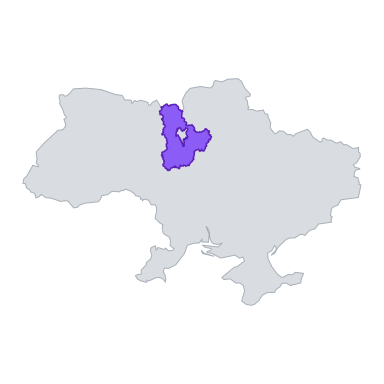 Ukraine, with Kiev highlighted
{"feature_id": "UKR-321", "entity_name": "Kiev", "entity_type": "Region", "adm_level": 1, "iso_a3": "UKR", "parent_name": "Ukraine", "parent_adm1": "", "projection": "albers", "projection_center": [30.544, 50.332], "detail": "fine", "context": "in_parent", "style": "filled", "palette": "violet", "viewbox_px": 384, "rotation_deg": 0, "n_neighbors": 0, "source": "natural_earth", "source_scale": "10m", "svg_char_len": 9480}
<svg xmlns="http://www.w3.org/2000/svg" viewBox="0 0 384 384"><path d="M271.9,266.8L277.1,273.8L281.3,277.2L283.3,277.2L288.7,274.3L292.3,274.9L295.3,272.3L303.6,273.4L301.5,278.1L300.7,283.0L290.2,285.5L286.1,283.0L282.0,283.4L279.9,286.9L275.9,289.5L274.7,292.3L267.2,292.6L262.3,295.3L258.7,300.7L254.7,304.2L251.3,305.3L246.1,304.3L241.7,301.0L244.6,290.8L243.3,285.5L239.9,283.0L235.7,283.0L230.1,278.8L224.0,279.6L221.8,277.5L234.3,267.2L237.0,266.7L244.5,261.2L242.9,257.0L239.7,258.3L235.0,255.1L220.7,258.1L211.8,253.3L207.8,252.8L206.8,251.6L210.9,250.3L211.2,248.5L205.4,247.4L202.2,245.1L218.1,247.0L222.3,242.9L217.9,244.5L213.5,243.7L211.8,242.4L209.8,238.4L209.6,232.8L207.5,227.8L205.9,226.2L209.1,234.4L208.4,242.3L201.7,241.9L202.3,238.7L199.2,243.0L194.0,243.2L187.3,245.3L184.5,253.4L175.8,264.8L167.9,268.6L165.1,267.9L164.0,268.8L163.4,272.3L164.8,274.0L165.9,279.6L165.4,282.0L162.7,278.8L159.4,277.4L155.7,277.8L149.0,280.9L146.8,280.2L146.9,281.9L146.3,282.4L140.1,280.6L137.5,278.9L135.4,275.9L137.5,274.6L141.3,274.2L141.2,270.0L146.1,264.8L146.4,262.4L150.6,259.2L151.8,255.7L150.4,250.3L151.1,247.6L155.6,245.8L155.9,250.0L156.9,249.6L157.9,247.5L164.0,249.5L165.8,248.1L168.4,250.9L173.1,250.2L174.2,248.9L170.1,245.6L170.5,240.3L169.3,237.3L163.3,233.4L162.2,228.7L162.8,224.6L159.8,223.0L155.1,218.3L156.7,210.1L156.4,207.1L155.2,204.7L151.3,205.0L148.5,200.1L143.9,199.1L142.6,200.8L141.9,199.2L140.3,199.2L140.5,197.3L139.4,196.5L135.6,195.8L134.7,194.0L130.7,191.1L125.6,189.2L122.8,190.8L121.5,190.3L119.4,191.9L112.2,191.2L107.7,194.6L101.6,195.8L100.9,198.4L98.5,201.7L85.0,203.2L79.2,205.3L77.2,207.4L73.7,207.9L68.2,201.3L66.4,200.7L60.5,201.4L51.0,198.1L46.0,197.7L41.1,194.4L39.3,196.6L35.7,197.9L35.6,195.5L34.2,193.1L30.7,192.0L29.7,189.9L26.7,188.1L25.3,183.6L23.0,183.4L23.8,178.8L27.0,175.8L32.8,165.3L38.3,166.8L38.5,165.6L36.2,162.8L37.0,159.3L36.2,152.2L37.5,150.4L44.4,142.8L58.0,130.3L62.8,129.8L65.3,126.6L65.6,124.1L63.9,119.2L66.3,117.7L66.2,116.9L64.4,114.8L62.7,109.3L59.6,103.7L60.1,101.3L59.1,97.7L59.4,95.1L62.7,94.6L65.4,96.4L68.7,94.4L73.4,88.9L85.9,88.1L101.0,89.6L115.7,94.6L122.2,95.4L124.7,99.9L130.1,100.0L131.6,100.9L131.7,103.6L134.7,100.5L137.3,101.5L140.4,100.2L147.8,102.3L148.6,104.8L150.0,105.5L152.2,102.5L156.7,100.1L161.0,107.2L164.7,105.7L175.5,104.6L178.1,106.8L178.6,109.0L182.3,110.7L183.9,108.1L182.1,101.2L183.0,98.6L186.0,92.7L190.0,88.4L200.4,86.5L210.1,88.0L212.8,86.1L214.1,81.5L215.4,80.5L221.9,81.9L227.8,79.2L238.0,78.7L241.4,81.2L245.1,88.8L250.4,94.2L250.2,96.0L245.7,97.3L245.6,98.3L247.3,100.8L248.0,106.3L248.9,106.9L247.9,109.3L252.9,109.6L256.9,111.2L263.2,110.0L265.1,113.9L267.9,114.3L268.1,116.9L270.8,123.1L270.1,126.5L270.6,128.5L274.2,133.2L275.8,133.7L279.5,130.8L283.7,131.4L287.4,134.7L290.9,134.5L293.3,136.3L295.6,133.8L307.4,129.3L310.6,132.4L311.2,134.6L313.3,137.4L320.1,142.2L321.9,141.4L322.2,138.9L323.6,138.0L327.4,140.1L331.0,140.1L336.3,143.2L340.9,141.7L343.7,144.7L346.6,144.7L353.0,148.5L358.5,147.6L358.6,151.8L360.1,153.4L360.2,156.8L356.8,162.6L353.3,164.7L354.8,167.2L359.4,168.4L359.8,169.2L355.9,170.1L354.5,172.2L353.9,176.6L357.7,177.5L359.3,182.5L358.8,184.3L361.0,185.0L358.3,197.5L340.9,199.8L337.9,205.0L332.9,207.2L331.5,208.8L330.5,215.7L332.2,216.8L331.0,219.8L331.5,222.2L318.5,224.0L315.0,228.8L309.4,230.5L304.8,235.5L302.6,234.3L300.1,234.5L294.9,237.9L289.9,238.0L286.1,239.5L278.2,247.0L274.7,253.3L271.0,255.3L276.0,250.1L276.0,247.5L274.7,245.5L271.7,250.7L267.6,253.1L268.1,258.9L271.9,266.8ZM214.2,256.3L202.5,253.5L201.4,250.2L204.0,253.1L214.2,256.3Z" fill="#d9dde1" stroke="#a8b0b8" stroke-width="1"/><path d="M166.6,104.1L167.0,104.1L167.3,104.4L167.7,105.3L168.0,105.6L169.6,105.9L169.9,105.8L170.4,105.1L170.6,104.9L171.1,105.1L171.3,105.1L172.4,104.6L172.8,104.5L175.3,104.4L175.8,104.5L176.3,104.9L177.2,106.1L178.1,106.5L178.3,106.8L178.5,107.2L178.5,107.7L178.3,108.5L178.4,108.8L178.9,109.5L179.5,109.9L180.2,109.9L180.5,110.2L180.9,110.8L181.7,110.9L182.1,111.3L182.2,111.5L182.4,111.5L182.5,111.3L182.6,111.5L181.9,111.8L181.8,112.0L182.0,112.7L182.1,113.1L181.7,115.2L181.7,116.9L181.8,117.9L181.9,118.0L182.1,118.0L182.5,117.8L183.0,118.1L183.6,118.2L184.2,118.7L184.4,119.0L184.5,119.5L184.3,120.8L184.3,121.3L185.8,122.0L186.6,122.7L186.4,123.6L185.9,124.9L185.8,125.1L186.2,125.2L186.8,125.1L187.6,125.8L187.9,125.7L188.1,125.3L188.2,125.2L189.3,125.5L189.9,125.1L191.3,125.2L192.0,124.8L192.6,125.5L192.6,126.0L193.4,126.3L193.5,126.8L194.2,127.5L194.4,128.0L194.6,128.6L194.5,129.0L194.4,129.4L194.0,129.5L193.8,129.8L193.9,130.0L194.6,130.7L195.3,130.8L195.4,131.1L195.3,131.5L195.6,131.9L196.2,132.0L196.6,132.2L197.2,132.1L199.0,132.4L199.5,132.0L199.6,131.9L200.8,132.2L201.3,131.9L201.7,131.9L202.1,131.5L202.6,131.3L203.1,130.9L204.2,130.8L204.5,130.4L204.8,130.2L204.8,129.8L205.0,129.5L205.0,129.1L205.5,128.9L205.9,128.8L207.1,129.7L208.1,130.9L209.2,130.9L209.3,131.0L209.4,131.6L209.3,132.1L209.2,132.3L208.6,132.3L208.3,132.8L208.3,133.0L208.9,133.7L209.0,134.3L209.2,134.6L209.6,134.8L210.3,134.8L210.5,134.9L210.4,135.2L210.1,135.6L211.4,136.5L211.0,137.8L210.6,138.4L210.7,138.8L210.2,139.7L209.5,139.4L209.2,139.4L208.9,139.5L208.5,140.0L208.4,140.4L208.5,140.6L208.9,141.2L208.9,141.5L208.7,141.7L208.1,142.4L207.8,142.5L207.4,142.4L207.2,143.0L206.3,143.8L206.2,143.9L206.4,144.4L206.5,145.2L206.7,145.7L206.7,145.9L205.6,146.5L205.6,147.3L205.5,147.8L205.3,148.4L204.8,149.1L204.7,149.7L204.4,150.1L203.9,151.0L202.0,150.7L201.9,150.6L201.9,149.8L201.7,149.6L201.4,150.3L201.2,150.6L200.8,150.7L200.3,150.5L200.1,150.7L200.0,151.2L199.9,151.3L199.4,150.8L199.4,150.4L199.1,150.0L198.9,149.6L198.6,149.4L198.0,149.6L196.9,149.7L195.5,150.7L194.8,150.8L194.6,150.9L194.0,152.0L194.4,152.4L194.1,153.2L194.1,153.4L194.3,153.6L194.4,153.8L194.2,154.8L193.9,155.5L194.0,156.2L193.5,157.3L193.1,157.8L193.2,158.3L193.7,158.6L193.7,158.9L193.7,159.5L192.8,160.1L192.2,161.3L191.4,161.9L189.9,163.5L189.4,164.5L189.3,165.3L189.1,165.5L188.8,165.5L188.6,165.1L188.4,165.1L187.9,165.5L187.3,165.3L186.7,165.8L185.7,166.2L184.9,165.3L184.4,165.4L183.7,165.2L183.2,166.0L182.4,165.7L182.1,165.9L181.5,166.1L181.3,166.1L181.1,165.7L180.8,165.5L180.3,165.4L180.0,165.8L179.9,166.6L179.4,168.6L178.9,168.6L178.8,168.4L178.8,168.1L178.7,168.0L175.3,167.3L175.2,167.0L175.6,166.4L175.6,166.2L175.0,166.0L174.1,166.8L174.4,167.4L174.3,167.5L173.7,167.3L172.9,167.2L172.6,167.4L172.4,167.7L171.3,167.9L170.7,168.3L170.3,169.2L169.8,169.7L169.8,170.2L169.7,170.3L168.0,170.5L167.7,170.3L167.3,170.0L167.1,169.7L167.1,169.4L167.4,169.2L166.5,168.8L166.3,168.4L166.1,168.3L165.5,168.3L164.6,166.6L163.7,166.3L163.4,166.1L163.2,165.6L162.9,164.8L162.9,164.4L163.0,164.2L164.0,163.5L164.2,163.2L164.2,162.6L163.7,161.3L163.8,161.1L164.2,160.8L164.2,160.2L163.3,159.5L162.9,158.9L162.9,158.1L163.3,157.4L163.3,157.2L163.2,157.0L162.9,156.8L162.0,156.7L162.1,156.2L162.6,155.9L162.7,155.2L161.5,155.0L161.5,154.9L161.9,154.3L162.1,153.6L162.1,153.2L161.9,152.7L162.0,152.4L162.7,152.3L163.0,151.9L163.4,151.9L164.1,151.4L165.5,150.6L166.0,150.1L166.2,149.7L166.8,149.3L167.3,148.8L167.5,148.4L167.4,148.3L166.3,146.3L166.3,146.1L166.5,145.7L166.3,144.6L166.3,144.2L166.4,143.9L167.2,143.7L167.5,143.3L167.5,143.2L167.4,142.9L167.3,142.1L166.8,141.8L166.7,141.5L166.8,139.1L166.3,138.7L165.9,137.7L165.3,137.5L165.2,137.4L165.1,136.9L164.9,136.3L164.8,135.5L164.5,135.1L164.3,134.8L164.0,134.6L163.2,134.6L162.3,134.9L162.1,134.8L162.0,134.6L162.0,134.4L162.5,134.3L162.7,134.1L162.3,133.6L163.0,133.4L163.2,133.2L163.3,132.6L163.3,132.3L162.9,132.0L162.9,131.6L163.3,131.4L163.6,130.5L163.6,130.3L163.1,129.9L163.0,129.7L164.1,127.6L164.8,127.2L165.0,127.0L165.1,126.7L165.1,126.4L164.7,124.7L164.4,124.4L163.4,124.5L163.3,124.4L163.3,124.2L163.6,122.2L163.6,121.8L163.1,121.3L162.1,119.7L161.7,119.3L161.6,119.0L161.6,118.8L161.7,118.7L162.3,118.7L162.9,119.0L162.9,118.8L162.9,117.4L163.4,116.6L163.4,116.2L163.1,115.9L162.4,115.5L162.0,114.8L161.1,114.0L160.8,114.0L160.4,114.6L160.2,114.7L160.0,114.0L159.9,112.5L159.5,111.3L159.6,111.1L160.1,111.1L161.0,110.5L161.4,110.0L161.6,109.6L161.7,109.0L161.8,107.8L161.7,107.6L161.3,107.7L161.1,107.3L161.6,106.9L162.0,106.8L162.7,107.1L163.1,107.1L163.8,105.6L164.9,105.3L165.5,104.6L165.8,104.3L166.6,104.1ZM186.1,138.6L186.8,138.5L186.8,137.3L187.5,137.3L187.8,136.7L187.3,136.3L187.3,135.8L186.3,134.3L186.2,133.2L186.4,132.9L186.1,132.4L186.1,131.9L186.5,131.3L187.0,130.9L187.7,130.1L187.6,128.6L185.8,127.7L185.4,128.2L185.5,129.0L185.1,129.4L184.5,129.6L184.2,130.4L182.5,130.2L182.2,130.5L182.4,131.1L181.9,130.9L181.6,130.3L181.1,129.8L180.8,128.8L180.4,128.7L180.3,127.9L178.5,127.9L178.5,128.6L177.4,128.7L177.7,129.4L177.6,130.0L177.3,129.4L177.0,129.7L177.1,130.1L177.1,130.7L176.4,131.3L176.3,131.8L176.4,132.4L176.3,132.9L176.1,133.2L176.1,134.1L175.9,134.5L175.8,135.7L176.0,136.1L176.2,135.8L176.5,135.9L176.8,135.0L177.5,135.2L177.9,135.0L178.2,135.2L178.5,136.3L178.9,136.9L179.5,137.4L179.9,138.1L179.8,138.7L179.9,139.3L180.5,139.3L180.7,140.5L181.0,140.6L181.1,141.1L181.4,141.0L181.9,141.4L181.7,142.7L182.2,142.7L182.3,144.0L182.8,144.2L183.0,145.1L183.1,146.4L184.2,145.9L184.1,145.4L184.3,145.1L183.8,144.1L183.7,143.3L184.1,143.3L184.3,142.4L184.0,141.3L183.5,139.9L183.7,139.6L183.4,139.2L184.1,138.9L184.2,139.4L184.6,139.2L185.1,139.5L185.5,139.3L185.5,138.5L185.6,138.0L186.1,138.6Z" fill="#8b5cf6" stroke="#5b21b6" stroke-width="1.5"/></svg>